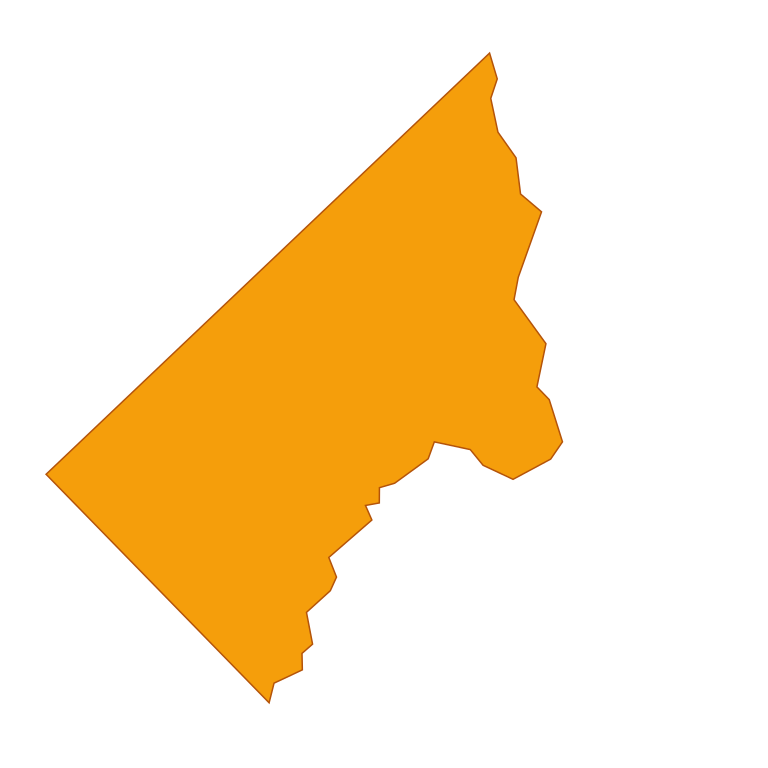 Cass, Illinois, United States of America (orthographic projection), rotated 136°
{"feature_id": "52423323B74744192559134", "entity_name": "Cass", "entity_type": "district", "adm_level": 2, "iso_a3": "USA", "parent_name": "United States of America", "parent_adm1": "Illinois", "projection": "orthographic", "projection_center": [-90.285, 39.999], "detail": "fine", "context": "isolated", "style": "filled", "palette": "amber", "viewbox_px": 768, "rotation_deg": 136, "n_neighbors": 0, "source": "geoboundaries", "source_scale": "gbopen_adm2", "svg_char_len": 601}
<svg xmlns="http://www.w3.org/2000/svg" viewBox="0 0 768 768"><g transform="rotate(136 384 384)"><path d="M151.1,398.4L153.8,425.8L131.9,455.0L127.1,486.0L108.8,515.3L90.6,524.8L78.2,548.7L689.8,553.8L689.6,514.4L688.1,234.5L670.9,245.2L641.3,235.1L630.1,247.2L616.1,246.5L598.4,273.6L566.2,272.6L552.3,278.1L544.2,297.6L487.2,294.6L481.7,309.5L470.0,301.7L459.3,312.6L445.2,305.2L404.2,299.5L388.0,307.4L367.5,276.9L369.2,256.7L357.4,225.8L316.3,214.2L295.8,218.4L276.0,258.0L276.0,275.7L239.5,300.5L231.9,354.3L213.3,367.5L151.1,398.4Z" fill="#f59e0b" stroke="#b45309" stroke-width="1.5"/></g></svg>